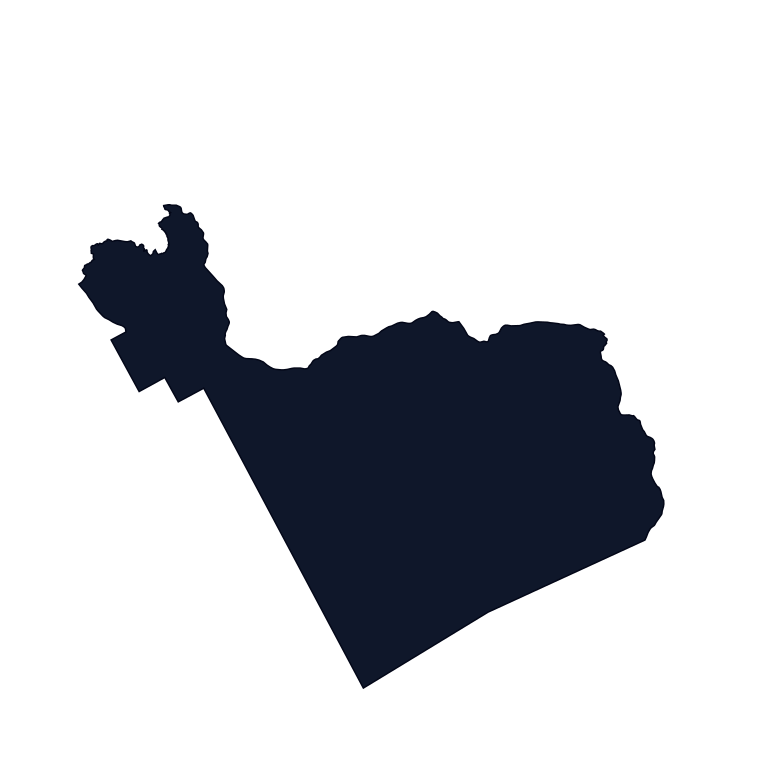 Languiñeo, Chubut, Argentina (orthographic projection), rotated 60°
{"feature_id": "61730980B26762692885030", "entity_name": "Languiñeo", "entity_type": "district", "adm_level": 2, "iso_a3": "ARG", "parent_name": "Argentina", "parent_adm1": "Chubut", "projection": "orthographic", "projection_center": [-71.241, -43.268], "detail": "fine", "context": "isolated", "style": "filled", "palette": "ink", "viewbox_px": 768, "rotation_deg": 60, "n_neighbors": 0, "source": "geoboundaries", "source_scale": "gbopen_adm2", "svg_char_len": 6158}
<svg xmlns="http://www.w3.org/2000/svg" viewBox="0 0 768 768"><g transform="rotate(60 384 384)"><path d="M637.0,553.9L633.6,408.0L649.6,236.0L647.6,233.2L644.6,229.5L642.8,226.4L642.3,225.3L642.0,224.2L641.6,220.6L641.1,219.6L639.8,217.5L635.8,208.9L635.0,208.0L633.1,206.6L629.8,203.2L627.9,201.7L624.7,200.0L621.2,199.8L615.5,198.0L613.2,197.6L610.8,197.7L609.8,198.4L608.7,198.7L605.1,198.9L600.4,198.7L598.0,198.4L595.7,197.8L594.7,197.2L592.8,195.7L591.4,193.8L588.9,191.3L587.4,189.4L585.5,188.0L582.5,186.1L581.3,185.8L579.0,185.7L578.0,185.1L577.1,184.2L576.1,182.1L572.7,180.9L571.7,180.4L570.8,179.5L569.7,179.0L567.9,178.7L566.2,178.8L565.1,179.2L563.5,180.1L561.2,182.0L560.1,182.5L558.9,182.6L555.4,182.4L553.0,182.8L551.3,182.6L547.2,182.0L545.0,181.1L543.7,180.9L542.8,181.4L542.0,182.4L540.4,182.9L537.4,183.3L536.2,183.7L535.8,184.8L533.3,187.2L532.8,188.3L530.8,191.9L529.4,193.9L527.7,194.2L523.5,193.9L521.3,193.1L520.3,192.5L516.4,187.9L513.6,185.8L511.9,184.1L510.4,183.2L507.6,182.1L498.5,179.5L492.0,178.7L488.0,177.7L483.8,177.6L481.6,178.3L479.7,179.7L477.4,180.3L475.7,181.0L473.8,182.5L472.3,183.2L470.5,183.0L468.3,182.0L465.0,180.9L464.0,180.2L463.9,179.0L464.1,177.9L463.7,176.8L462.3,175.6L461.3,175.1L461.2,173.9L460.0,170.8L458.8,170.7L457.5,168.8L456.4,168.4L453.6,169.5L451.4,169.9L451.0,168.2L449.9,168.5L446.5,170.0L445.8,171.3L444.6,172.5L442.5,173.8L441.3,175.0L439.9,178.3L438.6,179.5L435.2,182.0L430.6,184.7L429.5,186.1L426.7,192.7L425.5,194.7L424.1,196.6L422.4,198.3L420.4,201.3L418.8,203.0L415.2,207.8L414.6,208.8L412.3,211.5L407.2,219.6L406.1,221.7L404.3,227.3L402.3,232.9L401.6,236.4L401.2,237.5L397.2,244.9L394.9,247.6L393.7,249.7L393.6,250.8L393.7,252.0L394.3,254.3L396.6,257.9L397.1,259.0L397.2,260.1L396.9,262.5L395.9,264.7L395.4,266.4L395.3,267.6L396.6,269.6L398.7,271.8L399.3,272.8L398.9,274.0L396.9,276.1L396.0,279.6L395.3,280.6L393.8,281.6L389.5,283.5L386.7,285.7L384.6,286.9L383.5,287.2L375.8,287.1L367.5,288.0L367.0,289.1L365.4,293.6L364.8,294.6L363.3,296.5L362.4,297.2L359.6,298.1L358.1,298.9L357.2,299.8L356.2,300.3L355.0,300.5L352.8,301.5L349.4,302.3L347.4,303.6L345.6,305.2L345.3,306.3L346.3,309.8L346.8,313.9L346.4,316.2L345.2,319.6L344.8,322.0L344.7,324.9L345.1,329.1L344.9,330.2L344.4,331.4L343.5,332.9L339.7,337.4L338.9,339.1L338.1,341.9L337.6,348.4L336.8,351.3L336.7,353.7L336.8,359.7L337.6,363.1L337.3,369.1L336.8,370.8L335.9,372.3L332.3,376.4L331.4,377.9L330.6,379.5L329.6,384.1L325.0,391.1L322.8,396.7L322.8,397.8L323.1,399.0L324.2,402.4L326.2,404.0L326.9,404.9L327.3,406.1L328.2,413.2L328.2,414.3L327.6,417.9L327.8,423.8L328.7,426.0L329.2,428.4L328.3,430.6L328.3,433.0L328.6,434.1L330.3,437.3L330.9,439.6L332.2,441.6L332.2,442.7L331.4,445.0L328.3,448.6L325.3,453.8L324.4,456.0L323.0,460.5L321.6,463.8L320.4,465.9L317.0,470.7L315.3,472.4L312.3,474.3L309.1,475.9L304.6,477.5L300.8,480.3L298.3,482.9L296.2,485.8L293.0,490.8L291.4,492.5L289.3,493.7L286.1,495.3L271.8,501.1L270.6,501.2L265.0,499.4L262.4,497.0L261.2,496.6L259.6,494.9L258.3,492.8L255.9,490.2L254.5,488.3L253.6,487.4L252.6,486.9L250.3,486.6L246.7,486.8L243.4,485.3L240.8,482.9L234.9,482.1L229.3,480.2L227.2,479.1L224.7,476.6L223.7,475.9L221.5,475.0L220.4,474.8L218.0,474.9L211.2,477.0L205.4,478.1L193.8,480.6L191.4,480.6L190.3,480.2L189.2,478.0L186.6,475.7L185.9,474.7L185.4,473.6L182.9,471.1L180.6,470.5L175.6,467.2L174.6,466.8L171.1,467.4L170.0,467.9L167.6,468.0L166.6,467.5L163.8,465.2L162.8,464.8L159.2,465.1L155.9,466.3L154.7,466.2L152.6,465.0L151.4,464.8L150.3,465.0L149.3,465.8L148.2,466.1L142.4,465.0L140.0,465.5L139.0,466.1L138.7,467.2L138.8,468.4L138.6,469.6L138.0,470.6L136.5,472.5L134.7,473.2L133.2,472.9L130.6,471.9L129.4,471.8L128.4,472.2L125.3,474.5L123.0,478.5L121.5,480.1L120.8,481.5L119.3,485.6L120.3,486.0L121.4,485.9L123.1,486.3L123.9,485.8L124.9,484.5L125.2,484.3L127.8,483.8L128.6,484.2L128.5,483.2L128.9,483.0L129.4,484.1L130.9,485.1L131.8,487.5L131.1,488.1L131.4,488.7L130.8,489.2L130.8,489.9L130.4,491.6L130.8,492.3L130.9,493.1L132.0,495.4L132.1,495.9L131.8,497.3L132.2,498.3L132.6,498.5L132.1,498.8L132.2,499.0L133.1,498.7L134.2,499.3L135.1,499.5L135.5,499.1L136.1,499.2L137.6,498.5L138.8,498.6L139.0,498.9L139.5,498.4L140.3,498.3L141.6,497.9L141.8,497.6L142.4,497.7L142.6,497.5L143.2,497.7L144.1,497.4L144.4,497.4L144.7,497.7L145.3,497.5L145.9,497.8L146.7,497.5L147.5,498.1L150.1,498.3L151.2,499.1L154.4,499.9L155.0,500.6L155.3,500.4L155.4,500.9L155.9,500.9L155.8,501.3L156.9,501.5L157.4,502.5L157.8,502.5L157.8,502.8L158.3,502.9L158.2,503.3L158.4,503.9L158.8,504.2L158.8,504.8L159.1,505.3L159.4,505.4L159.9,506.5L160.6,507.4L160.6,507.9L160.3,509.0L160.6,509.9L159.6,511.4L159.7,512.2L159.3,513.2L159.4,513.8L158.8,514.9L157.0,515.2L153.3,515.0L153.9,517.4L154.7,518.2L155.6,518.7L155.7,519.6L156.0,520.3L156.1,521.3L156.3,521.9L154.6,522.8L153.1,523.2L151.3,523.2L149.7,522.4L149.2,522.5L149.0,522.9L149.3,524.5L149.2,525.0L148.9,525.6L148.1,525.2L148.2,524.6L147.7,524.1L146.6,524.0L145.6,524.2L144.4,523.1L143.2,523.1L141.8,523.9L141.5,525.9L142.2,526.9L142.4,528.1L142.3,528.8L141.5,529.7L140.6,530.3L137.2,529.7L136.6,529.9L134.5,531.3L133.7,531.5L133.3,532.0L133.2,532.8L132.5,535.2L131.1,537.2L126.3,542.9L125.5,544.8L124.6,548.1L122.8,548.9L121.0,550.3L120.5,551.1L120.6,551.7L121.3,552.2L121.5,552.9L121.0,553.7L121.1,556.0L121.7,557.4L121.5,558.2L120.0,559.9L120.0,560.3L120.6,561.3L120.7,562.0L119.9,561.8L119.3,562.0L119.1,562.5L119.0,563.3L119.2,565.0L119.1,566.2L118.4,567.3L118.5,568.7L119.0,569.3L119.9,569.8L120.9,569.8L121.6,570.7L124.5,572.1L126.1,570.6L128.7,572.3L129.9,572.8L131.2,572.6L131.0,574.4L131.4,575.6L132.2,576.8L131.9,577.6L132.3,580.1L131.7,581.0L132.1,582.1L131.7,583.2L131.8,584.0L132.4,584.6L133.3,585.0L134.0,586.6L134.5,588.0L134.9,588.4L136.0,588.4L138.1,588.9L140.4,587.8L141.2,587.7L143.5,591.6L144.7,594.8L144.9,598.4L149.8,597.7L156.7,596.3L161.4,596.2L168.4,595.4L175.4,595.5L177.8,595.1L184.6,593.5L186.8,592.7L190.8,590.0L194.9,587.8L198.8,585.1L202.2,581.9L204.2,580.7L206.5,580.1L209.9,581.5L209.4,598.3L268.1,599.8L268.7,570.6L296.6,571.1L297.5,542.2L384.7,545.1L528.2,550.1L637.0,553.9Z" fill="#0f172a" stroke="#020617" stroke-width="1.5"/></g></svg>